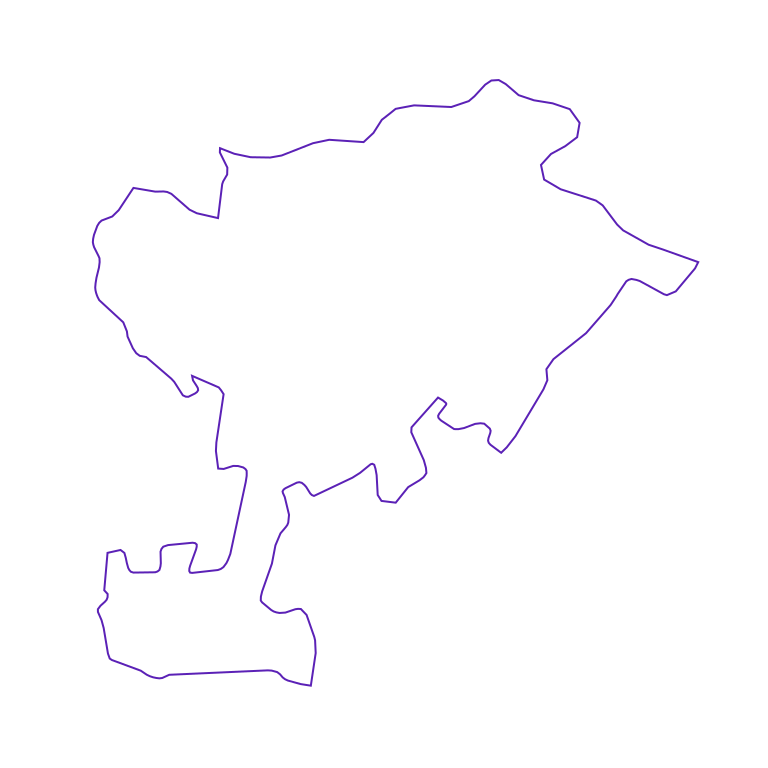 the border of North Ossetia, rotated 185°
{"feature_id": "RUS-2305", "entity_name": "North Ossetia", "entity_type": "Republic", "adm_level": 1, "iso_a3": "RUS", "parent_name": "Russia", "parent_adm1": "", "projection": "natural_earth1", "projection_center": [44.363, 43.191], "detail": "fine", "context": "isolated", "style": "outline", "palette": "violet", "viewbox_px": 768, "rotation_deg": 185, "n_neighbors": 0, "source": "natural_earth", "source_scale": "10m", "svg_char_len": 3420}
<svg xmlns="http://www.w3.org/2000/svg" viewBox="0 0 768 768"><g transform="rotate(185 384 384)"><path d="M296.2,696.8L288.9,693.4L284.0,689.9L275.1,683.5L259.4,679.7L240.5,678.3L222.9,674.0L211.9,661.2L213.1,646.7L224.1,636.8L237.7,627.7L246.7,615.9L242.3,601.6L235.3,598.3L225.0,593.4L188.9,585.2L181.7,581.0L165.7,563.2L159.2,557.9L132.5,545.8L117.9,542.3L81.6,532.8L84.2,526.3L101.4,501.7L109.9,497.2L112.9,497.8L138.2,508.9L141.7,509.7L146.6,510.2L149.4,509.1L151.6,507.4L159.1,493.9L160.2,491.5L165.1,482.5L187.1,452.3L217.4,423.5L223.5,412.9L221.6,402.0L224.7,392.6L248.5,343.5L256.2,331.6L261.3,325.7L272.7,332.8L274.5,334.5L275.4,336.6L275.2,339.2L273.9,344.4L273.7,346.7L274.7,348.8L280.7,353.2L284.5,353.3L289.8,352.2L300.4,347.1L306.0,345.5L310.2,345.2L323.8,352.5L325.4,353.7L326.9,355.2L327.3,357.0L326.5,359.1L320.4,368.7L320.2,369.6L320.6,370.4L323.8,372.7L329.0,375.2L352.8,343.2L352.6,338.3L337.7,311.6L334.9,304.1L334.0,299.0L335.2,296.7L336.6,294.5L340.2,291.2L350.9,283.4L362.0,266.8L376.3,267.3L380.6,272.9L383.4,292.6L385.1,298.8L386.7,302.7L388.7,303.5L390.3,302.9L400.1,293.4L407.3,287.9L444.0,266.4L446.2,267.1L448.0,268.6L452.5,274.6L454.5,276.5L457.3,278.4L459.9,278.8L462.3,278.1L473.1,271.6L474.8,270.1L475.7,268.2L475.2,266.6L473.0,262.7L467.2,245.4L467.3,237.6L468.0,235.2L469.3,233.0L474.1,226.2L478.1,213.8L480.0,195.3L487.3,166.8L488.1,161.5L487.9,157.6L486.4,155.8L476.6,149.0L474.1,147.8L471.3,147.1L468.1,146.8L462.3,147.7L452.7,151.9L450.1,152.5L447.2,152.6L441.0,147.2L431.4,125.9L430.3,122.6L428.6,110.0L430.6,77.1L440.9,77.8L453.9,80.2L456.9,81.3L459.4,82.9L462.2,85.7L465.3,87.7L470.9,88.7L474.8,88.6L572.6,75.6L579.3,71.8L582.1,71.2L585.2,71.3L588.5,71.7L591.8,72.5L595.0,73.7L601.3,77.2L631.0,85.3L633.3,86.6L635.5,91.4L642.0,116.5L644.8,124.1L649.1,132.0L649.4,134.7L647.1,138.4L643.0,142.8L641.5,144.9L640.8,147.5L641.0,150.7L644.7,154.1L644.7,191.7L632.0,195.7L627.9,193.1L626.1,188.3L624.6,183.3L622.8,178.5L621.5,176.5L619.8,174.9L617.2,174.3L595.5,176.5L593.3,177.5L591.5,179.2L590.8,182.8L590.7,186.0L592.0,197.5L591.3,200.3L589.7,202.7L585.1,204.7L560.8,209.2L558.3,209.0L556.6,207.8L556.4,205.6L556.8,202.9L561.3,186.0L561.8,183.2L561.7,180.7L560.7,179.2L558.6,179.1L533.3,184.2L530.5,185.5L528.0,187.6L525.4,191.8L524.1,195.1L522.3,201.3L513.2,274.3L512.8,280.4L513.0,283.2L513.3,285.6L514.6,287.2L516.9,288.6L522.4,289.6L527.2,289.2L536.3,285.4L541.8,285.3L545.6,302.6L545.9,311.2L542.9,359.9L545.8,363.6L548.3,366.2L575.9,375.4L574.6,371.0L570.3,365.5L569.1,363.7L568.6,361.6L569.6,359.7L571.4,358.1L577.8,354.2L580.4,354.1L583.4,355.2L593.2,367.9L596.4,370.8L623.3,390.1L629.8,390.8L633.5,393.1L637.3,397.7L643.6,408.9L644.7,414.0L649.1,422.7L675.0,442.7L676.9,445.7L677.8,447.5L678.8,449.8L679.6,452.3L680.1,455.0L680.1,459.3L679.7,464.8L678.1,475.2L677.9,480.6L678.4,484.5L679.6,486.7L684.7,495.0L685.7,497.4L686.4,499.9L686.4,503.3L685.9,507.3L683.4,516.5L681.8,519.7L679.6,522.2L669.3,527.2L663.4,534.1L650.7,557.5L628.6,555.7L620.3,556.6L616.7,556.4L612.4,554.9L592.9,540.7L585.4,537.8L563.8,534.8L562.6,569.0L561.9,571.8L558.5,579.0L558.9,585.9L567.7,600.4L567.9,604.6L553.2,600.3L536.6,598.3L517.1,599.7L505.9,602.7L475.7,617.7L459.9,622.5L425.4,623.2L416.4,633.2L409.2,647.0L401.8,653.9L396.4,659.1L391.9,660.4L378.3,664.2L341.1,665.8L324.2,673.2L318.9,678.6L309.3,691.0L303.5,695.7L296.2,696.8Z" fill="none" stroke="#5b21b6" stroke-width="2"/></g></svg>